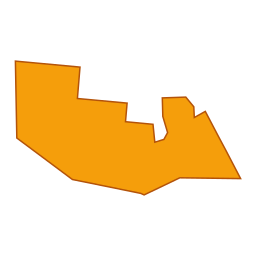 51, Ar Rayyān, Qatar (Robinson projection)
{"feature_id": "91078587B34371380976540", "entity_name": "51", "entity_type": "district", "adm_level": 2, "iso_a3": "QAT", "parent_name": "Qatar", "parent_adm1": "Ar Rayyān", "projection": "robinson", "projection_center": [51.403, 25.348], "detail": "fine", "context": "isolated", "style": "filled", "palette": "amber", "viewbox_px": 256, "rotation_deg": 0, "n_neighbors": 0, "source": "geoboundaries", "source_scale": "gbopen_adm2", "svg_char_len": 430}
<svg xmlns="http://www.w3.org/2000/svg" viewBox="0 0 256 256"><path d="M15.4,61.1L16.8,138.0L72.4,179.5L140.8,193.4L144.1,194.9L179.8,177.8L240.6,178.6L226.2,151.0L218.2,136.0L205.5,111.8L205.3,111.4L194.3,117.5L193.8,106.8L185.8,97.1L162.3,97.9L162.8,116.4L167.6,132.6L163.9,139.4L154.8,142.2L153.0,124.3L125.5,121.7L127.1,103.1L77.4,98.5L80.0,67.1L18.4,61.4L15.4,61.1Z" fill="#f59e0b" stroke="#b45309" stroke-width="1.5"/></svg>